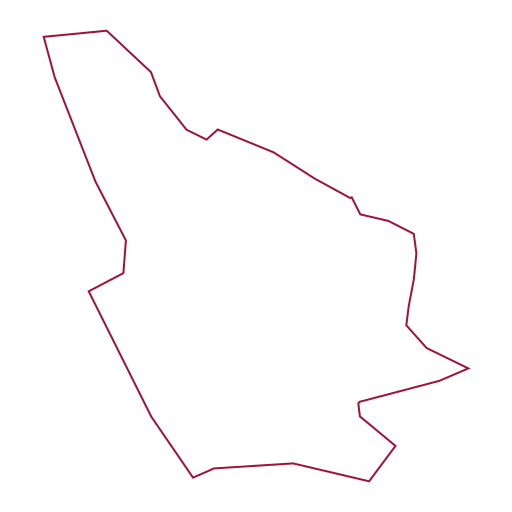 an SVG outline of Caerphilly
{"feature_id": "GBR-2113", "entity_name": "Caerphilly", "entity_type": "Unitary Authority (wales)", "adm_level": 1, "iso_a3": "GBR", "parent_name": "United Kingdom", "parent_adm1": "", "projection": "natural_earth1", "projection_center": [-3.164, 51.668], "detail": "fine", "context": "isolated", "style": "outline", "palette": "rose", "viewbox_px": 512, "rotation_deg": 0, "n_neighbors": 0, "source": "natural_earth", "source_scale": "10m", "svg_char_len": 550}
<svg xmlns="http://www.w3.org/2000/svg" viewBox="0 0 512 512"><path d="M468.3,368.4L439.4,380.8L359.6,401.8L358.3,403.4L359.9,416.4L395.5,445.9L369.1,481.3L293.1,463.4L214.1,468.4L193.0,477.6L151.3,416.7L88.7,291.3L123.4,273.1L125.9,240.4L95.5,181.7L54.7,77.3L43.7,36.8L106.7,30.7L151.0,72.2L159.9,96.2L186.5,129.7L206.5,139.6L217.7,129.5L273.7,152.4L314.5,178.5L350.1,198.0L351.7,197.3L360.3,214.4L388.3,220.9L413.8,233.9L416.4,253.5L413.8,279.6L408.8,305.7L406.3,325.3L426.7,348.1L468.3,368.4Z" fill="none" stroke="#9f1239" stroke-width="2"/></svg>